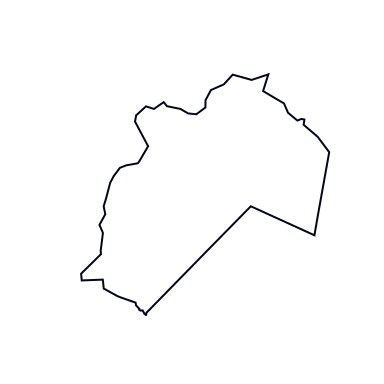 the district of Dauphin, Pennsylvania, United States of America, rotated 61°
{"feature_id": "52423323B59200867058970", "entity_name": "Dauphin", "entity_type": "district", "adm_level": 2, "iso_a3": "USA", "parent_name": "United States of America", "parent_adm1": "Pennsylvania", "projection": "equal_earth", "projection_center": [-76.798, 40.389], "detail": "fine", "context": "isolated", "style": "outline", "palette": "ink", "viewbox_px": 384, "rotation_deg": 61, "n_neighbors": 0, "source": "geoboundaries", "source_scale": "gbopen_adm2", "svg_char_len": 916}
<svg xmlns="http://www.w3.org/2000/svg" viewBox="0 0 384 384"><g transform="rotate(61 192 192)"><path d="M289.2,105.9L272.8,92.7L223.7,52.7L204.8,55.3L187.3,61.8L183.1,58.5L181.1,61.0L180.6,65.2L169.2,69.6L159.1,68.6L150.9,73.5L138.2,80.9L126.1,68.2L122.9,85.5L109.1,99.5L113.3,112.0L112.0,126.0L118.3,135.7L124.6,139.3L126.1,150.5L121.4,157.3L113.8,161.8L104.8,172.3L99.7,173.2L100.9,185.0L94.8,190.7L97.9,203.7L102.8,207.7L130.7,208.2L139.6,223.2L140.6,225.5L136.8,236.6L135.9,243.3L140.0,252.5L144.2,259.0L156.0,270.3L161.7,276.2L169.4,278.6L175.9,288.9L182.5,289.5L184.7,289.8L199.3,300.5L202.2,301.7L209.7,328.6L215.9,331.3L225.4,312.5L233.7,316.0L246.9,307.7L249.7,305.4L261.4,295.0L264.0,295.9L268.7,294.7L269.3,295.3L270.8,294.5L271.6,292.6L275.3,292.7L277.0,292.1L277.2,291.6L275.6,290.6L267.0,261.7L253.8,217.6L237.1,161.4L233.0,147.5L289.2,105.9Z" fill="none" stroke="#020617" stroke-width="2"/></g></svg>